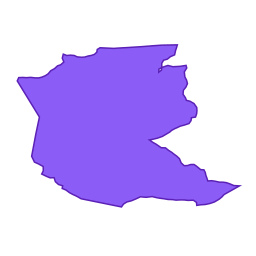 João Neiva, Espírito Santo, Brazil, rotated 266°
{"feature_id": "56859067B35561068674393", "entity_name": "João Neiva", "entity_type": "district", "adm_level": 2, "iso_a3": "BRA", "parent_name": "Brazil", "parent_adm1": "Espírito Santo", "projection": "natural_earth1", "projection_center": [-40.439, -19.726], "detail": "fine", "context": "isolated", "style": "filled", "palette": "violet", "viewbox_px": 256, "rotation_deg": 266, "n_neighbors": 0, "source": "geoboundaries", "source_scale": "gbopen_adm2", "svg_char_len": 2035}
<svg xmlns="http://www.w3.org/2000/svg" viewBox="0 0 256 256"><g transform="rotate(266 128 128)"><path d="M206.2,68.6L202.3,67.3L198.3,68.6L195.8,65.3L194.9,62.0L192.4,58.9L190.5,54.9L187.6,52.1L185.9,49.1L184.7,45.4L184.2,42.4L184.5,38.7L185.3,34.5L185.3,30.2L185.8,26.4L185.9,22.5L182.7,20.8L145.1,40.4L129.0,35.8L106.5,29.9L103.0,31.3L100.5,32.3L98.4,36.2L95.5,40.7L91.2,40.5L88.1,38.7L85.4,43.4L83.7,46.8L83.6,50.8L79.5,51.8L76.5,54.7L74.9,58.8L72.3,58.1L70.5,61.7L67.5,65.2L65.5,68.4L64.1,71.0L62.5,73.6L60.7,76.2L49.7,116.0L52.4,118.2L54.3,121.7L55.1,126.2L56.7,130.9L58.5,135.6L57.6,141.2L57.9,147.3L56.5,151.7L55.6,155.4L55.0,158.5L53.9,163.0L53.5,167.2L52.7,170.9L52.6,175.1L52.3,179.0L51.6,182.7L51.4,188.2L49.0,191.1L46.0,191.2L46.3,194.7L46.3,199.8L47.0,204.6L48.2,209.1L50.7,214.1L52.7,216.9L54.9,219.2L62.5,235.2L63.2,229.6L65.1,225.9L66.6,222.4L67.3,219.2L67.6,215.4L68.8,211.4L69.6,207.7L69.6,203.9L72.6,203.2L75.3,202.4L78.2,202.0L81.0,200.8L81.4,197.6L83.5,195.4L85.3,193.5L87.0,191.3L87.2,187.9L86.4,184.8L86.5,181.4L89.5,178.6L93.8,177.2L96.6,174.6L98.4,172.4L100.7,169.9L102.8,167.0L105.6,164.0L106.0,159.8L107.9,157.4L109.9,154.9L112.0,151.7L114.6,148.5L115.0,151.9L115.8,156.6L117.2,161.7L119.3,165.9L121.0,169.3L122.6,171.4L124.0,174.4L125.1,177.5L126.2,180.2L126.9,184.0L128.2,189.2L131.0,191.4L133.8,192.0L134.2,196.1L137.5,197.5L140.6,198.0L143.7,198.0L147.7,195.6L150.4,191.7L151.5,188.2L154.2,187.4L157.8,185.3L161.8,185.9L164.7,188.6L168.1,190.4L171.6,189.8L175.0,188.3L180.0,188.1L183.8,190.8L186.4,190.3L185.9,184.3L186.0,177.1L187.6,172.2L186.9,169.2L185.9,165.9L190.2,166.2L193.2,168.3L193.9,172.0L196.2,175.3L197.7,179.6L202.1,180.9L204.4,181.9L207.5,183.0L208.3,167.3L208.3,159.3L208.2,146.9L208.3,132.0L208.4,124.4L208.4,119.4L210.0,105.7L208.5,102.8L205.9,102.2L203.8,99.7L203.0,96.7L202.6,93.3L201.8,89.7L201.8,86.7L202.5,82.3L204.1,79.4L204.7,75.7L204.6,72.0L206.2,68.6ZM185.9,165.9L183.4,165.4L181.6,162.6L184.6,162.9L185.9,165.9Z" fill="#8b5cf6" stroke="#5b21b6" stroke-width="1.5"/></g></svg>